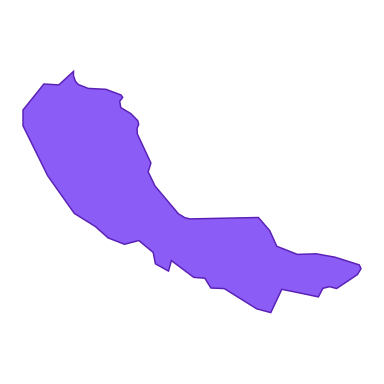 the district of Middlesex, Virginia, United States of America
{"feature_id": "52423323B72880351816690", "entity_name": "Middlesex", "entity_type": "district", "adm_level": 2, "iso_a3": "USA", "parent_name": "United States of America", "parent_adm1": "Virginia", "projection": "natural_earth1", "projection_center": [-76.544, 37.64], "detail": "fine", "context": "isolated", "style": "filled", "palette": "violet", "viewbox_px": 384, "rotation_deg": 0, "n_neighbors": 0, "source": "geoboundaries", "source_scale": "gbopen_adm2", "svg_char_len": 781}
<svg xmlns="http://www.w3.org/2000/svg" viewBox="0 0 384 384"><path d="M95.3,226.5L108.1,237.9L124.5,244.3L138.8,240.5L153.2,252.5L155.4,263.8L168.5,271.1L171.4,260.6L193.8,277.4L204.8,278.2L210.9,288.0L224.3,288.6L256.8,308.9L270.8,312.6L281.8,289.3L318.4,296.9L322.9,288.3L329.6,286.7L336.6,288.5L357.4,274.6L361.0,268.7L359.3,264.9L335.1,257.2L316.3,253.8L297.4,254.4L276.8,246.3L269.7,230.6L258.4,217.5L190.0,218.9L185.0,217.8L178.4,213.8L155.0,186.0L148.2,171.9L150.9,163.0L137.3,133.9L137.1,128.1L138.7,124.5L137.7,120.6L130.8,113.6L120.8,107.6L119.7,101.3L122.7,97.3L121.0,95.0L105.9,89.3L88.1,88.4L78.3,84.5L75.4,81.2L73.5,75.8L73.5,71.4L58.8,84.9L43.9,84.0L23.0,110.0L23.0,125.8L47.7,175.8L74.3,213.4L95.3,226.5Z" fill="#8b5cf6" stroke="#5b21b6" stroke-width="1.5"/></svg>